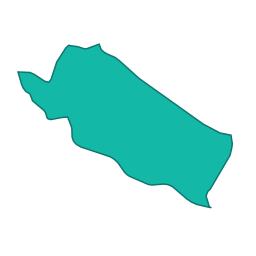 Ðong Tháp, orthographic projection, rotated 352°
{"feature_id": "VNM-500", "entity_name": "Ðong Tháp", "entity_type": "Province", "adm_level": 1, "iso_a3": "VNM", "parent_name": "Vietnam", "parent_adm1": "", "projection": "orthographic", "projection_center": [105.526, 10.632], "detail": "fine", "context": "isolated", "style": "filled", "palette": "teal", "viewbox_px": 256, "rotation_deg": 352, "n_neighbors": 0, "source": "natural_earth", "source_scale": "10m", "svg_char_len": 994}
<svg xmlns="http://www.w3.org/2000/svg" viewBox="0 0 256 256"><g transform="rotate(352 128 128)"><path d="M97.9,43.8L111.2,41.0L111.4,42.4L112.2,46.0L113.0,47.5L114.9,49.6L117.8,51.9L125.1,56.4L129.1,60.5L146.0,80.6L203.0,134.6L218.3,145.7L229.0,149.4L229.1,158.2L227.7,163.0L225.2,169.3L200.9,200.0L198.4,201.8L196.8,204.3L195.9,206.6L197.5,216.9L198.6,218.2L198.2,218.2L185.4,213.2L180.7,210.3L176.4,206.5L164.4,192.8L161.7,190.7L158.5,189.2L154.9,188.4L143.8,187.8L140.2,186.7L127.1,178.7L122.7,176.0L120.4,173.9L118.3,171.1L113.5,161.6L111.3,158.5L108.9,156.0L106.0,153.8L78.9,140.4L74.6,137.0L72.2,133.5L71.4,129.3L72.3,121.0L72.0,118.0L69.8,108.8L63.8,108.4L52.8,108.9L51.3,108.4L49.6,107.4L49.1,105.6L48.9,103.7L48.4,101.3L47.3,99.0L37.2,87.8L36.9,85.9L35.6,80.6L31.9,77.6L29.8,73.9L28.7,69.8L26.9,57.2L38.8,59.4L42.9,62.1L52.1,70.2L56.1,71.6L58.6,69.1L66.6,52.8L77.5,40.1L80.9,37.8L82.1,38.4L89.7,40.5L95.7,43.5L97.9,43.8Z" fill="#14b8a6" stroke="#0f766e" stroke-width="1.5"/></g></svg>